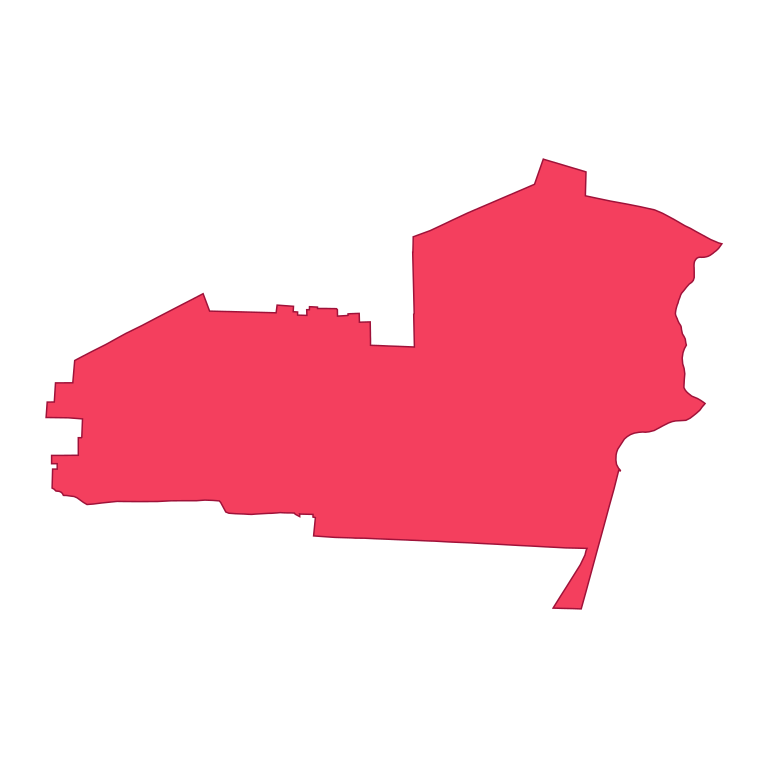 outline of San Antonio la Isla, México, Mexico
{"feature_id": "50627088B34569290004520", "entity_name": "San Antonio la Isla", "entity_type": "district", "adm_level": 2, "iso_a3": "MEX", "parent_name": "Mexico", "parent_adm1": "México", "projection": "mercator", "projection_center": [-99.55, 19.169], "detail": "fine", "context": "isolated", "style": "filled", "palette": "rose", "viewbox_px": 768, "rotation_deg": 0, "n_neighbors": 0, "source": "geoboundaries", "source_scale": "gbopen_adm2", "svg_char_len": 4081}
<svg xmlns="http://www.w3.org/2000/svg" viewBox="0 0 768 768"><path d="M705.1,403.5L703.1,402.0L700.6,400.3L697.5,398.5L691.7,396.1L688.2,393.3L686.5,391.7L685.1,389.9L683.9,387.5L684.0,385.1L684.3,379.5L684.8,373.8L684.1,368.4L682.7,363.8L682.2,358.0L683.0,352.7L684.4,348.7L686.4,345.1L685.9,343.3L685.4,340.1L685.3,339.1L684.1,336.6L682.4,333.8L681.5,329.6L681.2,327.0L680.7,325.6L678.9,322.8L677.7,320.2L677.3,318.9L676.5,317.2L675.7,315.3L675.4,313.5L675.6,311.7L675.9,309.8L676.3,308.1L676.8,306.3L677.3,304.7L678.0,303.1L678.7,300.3L679.8,297.6L680.6,295.1L681.6,293.2L683.8,290.6L686.7,286.9L689.3,284.0L691.7,282.3L693.3,280.4L694.2,277.6L694.2,273.7L694.2,272.0L694.1,267.4L694.0,266.1L694.1,263.7L694.5,261.5L695.5,259.8L696.4,258.7L697.2,258.0L698.0,257.6L699.1,257.3L700.2,257.2L701.4,257.3L704.3,257.2L706.7,256.7L708.3,256.2L710.1,255.3L711.4,254.4L713.1,253.2L713.7,252.6L716.2,250.7L718.5,248.5L721.9,243.8L720.1,243.3L718.5,242.9L715.8,241.7L710.8,239.6L696.1,231.6L690.5,228.4L685.0,225.8L674.5,219.7L662.6,213.3L654.6,209.9L640.2,206.7L628.1,204.3L619.4,202.7L610.6,201.1L598.1,198.5L585.4,195.8L585.4,194.5L586.0,171.9L544.1,159.4L543.3,159.1L534.5,184.3L532.6,185.1L518.2,191.3L503.7,197.5L489.3,203.7L474.8,209.9L467.6,213.0L460.1,216.5L452.6,220.0L445.1,223.6L430.2,230.6L421.7,233.7L413.2,236.8L413.2,238.0L413.1,244.0L412.9,252.2L412.7,252.2L414.2,313.7L413.7,314.1L414.4,347.0L396.9,346.3L388.2,346.0L379.5,345.6L370.5,345.3L370.5,342.3L370.5,339.0L370.4,335.7L370.4,332.9L370.3,328.1L370.3,327.0L370.2,321.9L359.4,322.2L359.4,320.9L359.2,313.4L355.7,313.5L353.4,313.6L350.4,313.7L348.0,313.9L348.0,315.4L347.5,315.5L337.5,316.1L337.4,310.4L337.4,309.7L336.5,308.7L333.9,308.6L331.5,308.6L326.6,308.5L323.3,308.5L319.7,308.5L317.5,308.5L317.5,307.1L312.1,306.8L309.5,306.7L309.4,309.7L308.9,309.7L306.7,309.7L306.9,315.4L297.6,315.1L297.6,312.0L293.2,311.7L293.5,306.3L277.1,305.1L276.3,311.4L276.1,312.8L275.7,312.8L268.3,312.6L256.8,312.3L245.2,312.0L233.8,311.7L230.7,311.6L225.4,311.5L209.6,311.1L203.1,293.7L187.5,301.8L180.9,305.2L169.9,310.9L157.2,317.5L149.8,321.4L141.6,325.7L126.1,333.3L117.7,337.9L105.8,344.5L91.9,351.5L83.8,355.7L74.7,360.5L72.8,382.8L55.5,382.9L54.3,402.0L47.2,402.1L46.1,417.5L68.3,417.8L82.5,418.9L81.8,437.2L81.4,437.7L78.3,437.7L78.3,455.3L73.2,455.3L62.5,455.4L51.6,455.4L51.6,463.7L57.2,463.7L57.2,469.1L52.6,469.1L52.1,488.1L54.0,489.1L55.9,491.0L59.4,491.4L61.4,492.4L62.6,493.8L63.4,495.4L66.7,495.5L70.1,496.0L74.1,496.5L77.1,497.8L83.4,502.4L87.0,504.5L93.6,504.0L101.4,503.0L116.0,501.5L117.3,501.4L123.7,501.5L139.1,501.6L157.5,501.5L170.9,500.8L183.3,500.7L196.7,500.7L200.7,500.4L204.9,500.1L212.9,500.4L219.3,500.9L220.7,502.5L223.5,507.7L225.8,512.0L228.8,513.2L235.4,513.7L240.8,513.9L243.6,514.0L245.6,514.1L248.6,514.3L251.7,514.4L255.1,514.1L258.5,513.9L269.1,513.3L271.2,513.3L274.1,513.1L277.1,512.9L280.2,512.6L283.3,512.8L287.0,512.9L291.2,512.9L294.4,513.1L295.2,514.2L299.7,516.6L299.7,514.2L299.6,513.9L300.8,514.1L313.0,514.4L313.0,517.1L314.1,517.3L315.0,517.4L315.4,517.7L313.6,535.9L321.9,536.5L335.0,537.4L351.9,537.9L355.2,538.1L364.4,538.2L374.7,538.7L387.4,539.2L396.8,539.6L407.3,540.0L410.7,540.2L414.0,540.3L427.6,540.9L430.1,541.0L434.1,541.1L448.1,541.9L459.5,542.4L471.4,542.9L474.6,543.1L484.0,543.6L496.5,544.2L509.0,544.9L519.9,545.5L532.4,546.1L544.8,546.8L554.8,547.3L565.9,547.9L576.0,548.1L587.0,548.4L586.0,550.8L585.0,555.0L580.3,564.8L572.7,576.9L566.5,586.8L560.7,595.9L553.2,607.9L553.1,608.1L563.0,608.4L572.7,608.6L581.2,608.9L586.3,590.5L590.1,576.5L595.1,558.1L597.7,548.5L601.2,535.8L606.7,515.6L609.6,504.8L613.9,489.4L618.7,470.4L620.2,470.9L620.4,470.4L618.4,468.0L616.5,464.4L615.9,460.0L616.1,454.9L616.7,452.1L617.8,449.1L624.4,439.0L627.2,436.6L630.6,434.5L634.4,433.1L638.9,432.3L642.8,432.0L645.4,432.2L649.1,431.8L654.2,430.5L662.7,425.9L668.4,423.0L672.2,421.6L675.6,420.9L679.3,420.7L683.0,420.5L685.9,420.3L690.1,418.2L693.5,415.6L696.7,413.0L699.9,410.1L702.2,406.9L704.9,403.8L705.1,403.5Z" fill="#f43f5e" stroke="#9f1239" stroke-width="1.5"/></svg>